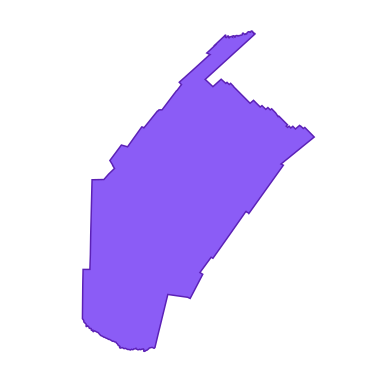 Exaltación de la Cruz, Buenos Aires, Argentina, rotated 260°
{"feature_id": "61730980B21567181905347", "entity_name": "Exaltación de la Cruz", "entity_type": "district", "adm_level": 2, "iso_a3": "ARG", "parent_name": "Argentina", "parent_adm1": "Buenos Aires", "projection": "equal_earth", "projection_center": [-59.143, -34.313], "detail": "fine", "context": "isolated", "style": "filled", "palette": "violet", "viewbox_px": 384, "rotation_deg": 260, "n_neighbors": 0, "source": "geoboundaries", "source_scale": "gbopen_adm2", "svg_char_len": 5184}
<svg xmlns="http://www.w3.org/2000/svg" viewBox="0 0 384 384"><g transform="rotate(260 192 192)"><path d="M46.0,128.8L57.3,133.7L95.3,150.4L92.6,158.6L89.1,169.4L87.5,171.7L109.1,188.3L111.3,185.8L124.4,199.5L123.1,201.1L143.9,222.1L163.4,241.6L163.5,241.8L163.3,241.9L163.2,242.1L162.9,242.2L162.7,242.4L162.6,242.6L162.5,242.8L162.3,243.0L162.1,243.3L162.0,243.5L161.9,243.6L161.6,243.9L161.5,244.0L161.3,244.2L161.0,244.3L202.5,286.6L204.1,284.5L224.9,321.9L236.0,314.3L235.2,312.6L237.9,310.6L237.8,310.4L238.9,309.5L236.1,304.8L239.2,302.7L237.9,300.4L240.0,299.1L239.0,297.4L240.5,296.2L241.6,297.7L251.4,290.9L251.7,290.6L251.5,290.2L251.3,289.9L255.4,288.1L260.1,284.9L259.3,283.3L262.0,281.4L260.6,279.0L264.9,275.9L263.9,273.9L271.6,268.5L269.3,264.6L288.4,251.3L288.7,251.3L292.3,248.9L291.4,247.3L293.9,245.5L293.1,244.1L298.0,240.3L292.1,230.9L300.6,224.5L336.7,281.5L336.9,281.5L337.1,281.5L337.3,281.3L337.3,281.1L337.2,280.9L337.1,280.6L337.2,280.3L337.4,280.3L337.8,280.3L338.0,280.4L338.4,280.0L338.5,279.7L338.9,279.5L339.1,279.5L339.3,279.5L339.6,279.6L339.9,279.2L340.0,279.1L340.2,278.7L340.2,278.4L340.2,278.2L339.9,277.9L339.6,277.7L339.4,277.5L339.2,277.2L339.3,276.8L339.6,276.6L339.8,276.3L340.0,276.0L340.0,275.8L340.0,275.5L339.9,275.1L339.7,274.7L339.6,274.4L339.4,274.2L339.1,273.8L338.8,273.6L338.6,273.5L338.4,273.4L338.2,273.3L338.2,273.0L338.2,272.9L338.5,272.4L338.4,272.1L338.2,272.0L338.0,271.8L338.0,271.3L338.1,271.2L338.5,270.9L339.0,270.5L339.1,270.4L339.4,270.2L339.6,270.0L339.6,269.8L339.6,269.5L339.4,269.2L339.2,269.1L338.8,269.0L338.5,268.9L338.3,268.9L338.1,268.7L337.9,268.1L337.9,267.7L338.0,267.5L338.0,267.1L338.0,266.6L337.8,266.3L337.7,266.1L337.7,265.8L337.8,265.5L337.9,265.2L337.7,264.9L337.6,264.6L337.7,264.2L337.8,264.1L338.1,263.9L338.3,263.6L338.3,263.2L338.4,262.9L338.4,262.6L338.3,262.3L338.1,262.1L337.8,261.9L337.6,261.7L337.3,261.5L337.1,261.4L337.1,261.0L337.3,260.9L337.6,260.8L337.9,260.8L338.2,260.8L338.4,260.6L338.5,260.3L338.6,260.0L338.7,259.7L338.5,259.1L338.2,258.8L337.9,258.8L337.6,258.8L337.8,258.6L338.0,258.5L338.2,258.3L338.3,257.9L338.4,257.7L338.1,257.2L338.2,256.5L338.2,256.3L338.0,256.0L337.5,255.6L337.4,255.4L337.4,255.2L337.6,255.0L337.8,254.9L338.1,254.8L338.6,254.9L339.0,255.0L339.3,254.9L339.4,254.7L339.3,254.0L339.0,253.6L338.8,253.4L338.5,253.1L338.2,252.9L338.1,252.6L338.2,252.3L338.5,252.0L338.7,251.9L339.1,251.6L339.4,251.5L339.7,251.6L339.8,251.6L340.1,252.3L340.5,252.4L340.7,252.1L340.5,251.6L340.4,251.5L340.3,251.3L340.0,251.0L339.7,250.7L339.5,250.3L332.8,240.1L332.7,240.6L326.3,230.7L324.2,233.7L323.1,231.6L313.7,216.8L302.3,198.5L299.6,200.3L294.7,195.0L294.2,194.1L292.4,192.2L291.9,191.6L278.2,176.9L278.2,176.0L278.4,175.2L278.4,174.8L278.4,174.6L278.5,174.4L278.6,174.0L278.5,173.5L278.4,173.4L278.2,173.1L277.7,172.6L277.6,172.4L277.7,172.0L263.5,155.8L263.6,155.5L263.8,155.4L264.0,155.3L264.1,155.2L264.3,154.9L264.5,154.7L264.6,154.4L264.7,154.0L264.8,153.8L247.7,136.4L250.5,130.6L237.3,116.6L232.0,118.7L231.8,118.5L228.7,119.8L224.1,113.0L219.6,107.4L221.4,95.7L167.4,84.8L147.8,81.0L133.5,78.0L134.7,71.3L119.0,68.2L86.3,62.1L86.1,62.2L85.7,62.3L85.5,62.6L85.2,62.8L84.8,62.8L84.6,62.9L84.3,63.0L84.1,63.1L83.8,63.0L83.1,63.0L82.7,63.0L82.3,63.3L82.1,63.5L81.9,63.7L81.7,63.7L81.5,63.8L81.3,64.0L81.1,64.2L81.0,64.3L80.9,64.4L80.6,64.5L80.1,64.7L79.8,64.8L79.5,64.8L78.8,64.5L78.2,64.4L77.9,64.5L77.8,64.9L77.9,65.3L78.4,65.9L78.0,66.3L77.4,66.6L77.0,67.0L76.5,67.2L76.0,67.1L75.7,67.2L75.5,67.4L75.4,67.7L75.3,68.0L75.3,68.3L75.3,68.6L75.2,68.8L74.7,69.0L74.4,68.9L74.0,68.9L73.7,68.8L73.4,68.9L73.2,69.1L73.1,69.3L73.1,69.6L73.3,70.0L73.2,70.2L73.1,70.4L72.9,70.3L72.4,70.2L72.1,70.2L71.8,70.3L71.6,70.5L71.9,71.3L72.2,71.9L71.7,72.6L71.0,73.5L70.4,74.2L70.1,74.8L69.7,75.3L68.0,76.2L67.6,76.6L67.0,76.8L66.4,77.3L66.2,77.7L65.8,78.3L65.5,78.6L65.2,79.1L64.6,79.7L64.2,80.1L64.2,80.3L64.1,80.8L63.6,81.3L63.0,82.0L62.7,82.6L62.3,83.4L61.8,83.7L61.5,84.0L61.2,84.6L61.1,85.3L60.5,85.9L60.1,86.4L59.7,86.9L59.2,87.3L58.9,87.6L58.8,88.0L58.7,88.6L58.5,89.0L58.2,89.4L57.8,89.8L57.6,90.4L57.3,91.0L56.9,91.2L56.3,91.4L55.8,91.8L55.4,92.2L54.9,92.3L54.4,92.6L54.0,92.6L53.5,92.9L53.1,93.6L52.8,94.0L52.4,94.2L52.1,94.1L51.7,93.8L51.4,93.7L51.0,93.9L50.7,94.4L50.8,94.9L50.8,95.7L50.9,96.2L50.7,96.6L50.3,97.0L49.8,97.4L49.6,97.9L49.5,98.5L49.6,99.1L49.4,99.6L48.9,100.2L48.5,100.7L48.1,101.3L48.0,101.6L47.9,102.5L47.6,103.1L47.3,103.5L47.1,104.0L47.4,104.5L47.6,105.0L47.3,105.5L47.1,105.9L47.0,106.6L47.5,107.2L47.5,107.7L47.4,108.2L47.4,108.8L47.8,109.6L47.3,109.7L46.9,110.1L46.5,110.7L46.1,111.1L46.0,111.8L46.0,112.4L46.2,113.1L45.8,113.7L45.6,114.2L45.9,114.8L45.8,115.5L45.9,116.1L45.9,116.4L45.9,116.8L45.6,117.1L45.4,117.2L45.1,117.2L44.6,117.1L44.2,116.9L43.8,116.8L43.4,117.1L43.3,117.7L43.4,118.1L43.7,118.6L43.9,119.0L44.0,119.8L44.1,120.3L44.3,120.7L44.6,121.2L44.9,121.7L45.2,122.2L45.6,122.6L45.8,123.2L45.8,123.9L45.9,124.5L45.9,124.8L45.9,125.2L45.9,125.5L45.8,125.9L45.7,126.2L45.2,126.7L44.9,127.1L44.7,127.7L44.9,128.0L45.2,128.2L45.4,128.6L45.6,128.6L45.8,128.7L46.0,128.8Z" fill="#8b5cf6" stroke="#5b21b6" stroke-width="1.5"/></g></svg>